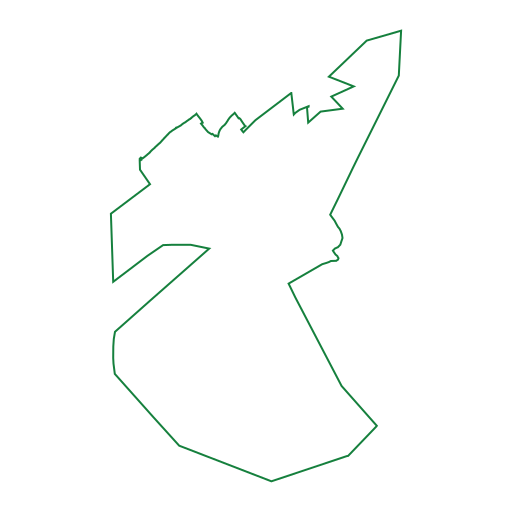 the district of Al Amreia, Al Iskandariyah, Egypt
{"feature_id": "37247803B92926604097979", "entity_name": "Al Amreia", "entity_type": "district", "adm_level": 2, "iso_a3": "EGY", "parent_name": "Egypt", "parent_adm1": "Al Iskandariyah", "projection": "natural_earth1", "projection_center": [29.737, 30.959], "detail": "fine", "context": "isolated", "style": "outline", "palette": "green", "viewbox_px": 512, "rotation_deg": 0, "n_neighbors": 0, "source": "geoboundaries", "source_scale": "gbopen_adm2", "svg_char_len": 5062}
<svg xmlns="http://www.w3.org/2000/svg" viewBox="0 0 512 512"><path d="M357.8,157.9L376.6,120.2L398.8,75.6L401.1,30.7L366.7,40.6L328.9,76.7L353.7,86.4L331.3,96.6L342.7,108.7L320.6,111.6L308.2,122.6L307.0,107.4L307.2,107.2L308.6,106.7L308.6,106.2L302.9,108.5L299.6,109.8L295.3,112.9L293.8,114.5L293.6,113.1L293.0,107.6L291.3,93.0L291.2,93.0L283.7,98.7L255.4,120.2L254.1,121.5L253.5,122.1L252.7,122.9L248.2,127.4L245.7,129.9L243.4,132.3L242.3,131.0L241.2,129.5L244.9,126.6L245.4,126.2L245.2,126.1L244.5,125.2L243.3,123.5L242.2,121.9L242.0,121.6L241.1,120.2L240.8,119.7L240.3,119.0L239.3,118.1L239.2,118.1L238.8,118.4L238.7,118.4L238.3,117.9L237.5,116.7L237.1,116.2L236.9,115.8L236.6,115.5L236.0,114.6L235.2,113.5L234.8,112.9L234.7,112.8L234.3,113.3L232.3,115.1L231.6,115.6L231.2,116.1L230.2,117.1L229.5,117.9L228.6,119.2L228.2,119.7L227.6,120.8L226.5,122.4L226.3,122.8L226.0,123.2L225.8,123.5L225.3,124.0L225.1,124.3L224.8,124.7L224.5,125.0L224.4,125.1L224.1,125.3L222.4,126.7L222.1,127.0L221.1,128.3L220.7,128.8L220.4,129.2L220.3,129.3L220.0,129.9L219.8,130.2L219.1,131.9L218.6,133.5L218.3,135.5L218.0,136.7L217.9,136.7L217.0,136.1L216.5,135.8L215.9,135.4L215.0,136.2L212.5,133.9L211.7,134.3L211.0,133.9L208.1,132.1L205.5,129.2L204.7,128.0L204.1,127.6L203.5,126.8L202.5,125.4L201.0,123.6L201.4,123.3L202.7,122.7L201.9,121.1L201.3,120.2L200.0,118.4L197.7,115.5L196.5,113.8L196.3,114.1L196.2,114.2L195.8,114.4L195.7,114.4L195.6,114.5L195.4,114.7L195.3,114.8L194.8,115.3L194.3,115.6L194.2,115.7L193.9,115.8L193.1,116.4L192.9,116.6L192.7,116.7L192.6,116.8L192.4,117.0L191.9,117.4L191.8,117.5L191.7,117.5L191.4,117.8L191.3,118.0L191.2,118.0L190.9,118.2L190.9,118.3L190.7,118.5L190.4,118.7L190.3,118.8L190.1,119.0L189.7,119.1L189.4,119.3L189.1,119.4L189.0,119.6L188.3,120.1L188.1,120.2L187.9,120.3L187.7,120.5L187.3,120.8L186.9,121.0L186.4,121.4L185.7,122.0L185.2,122.3L184.8,122.6L184.5,122.7L184.4,122.7L183.7,123.2L183.4,123.4L183.3,123.5L183.0,123.6L182.9,123.7L182.7,123.8L182.0,124.4L181.3,125.0L181.1,125.2L180.9,125.4L180.4,125.6L180.2,125.8L179.8,126.0L179.6,126.1L179.3,126.3L179.1,126.4L178.9,126.5L178.7,126.6L178.0,127.0L177.5,127.3L177.2,127.5L176.7,127.7L176.4,127.8L176.3,127.7L176.2,127.6L175.9,127.8L175.9,128.1L175.9,128.3L175.0,128.9L174.9,128.9L174.7,129.0L174.3,129.3L174.2,129.4L174.0,129.5L173.3,129.9L173.2,130.0L172.5,130.4L172.2,130.6L171.6,131.1L171.4,131.3L171.1,131.5L170.8,131.7L170.4,131.9L170.1,132.1L169.9,132.3L169.6,132.6L169.1,133.0L168.8,133.4L168.7,133.5L168.3,133.9L168.1,134.2L167.9,134.3L167.8,134.5L167.6,134.6L167.5,134.8L167.3,134.9L166.7,135.6L166.5,135.8L166.4,135.9L166.2,136.1L166.0,136.3L165.5,136.9L165.2,137.1L165.1,137.3L164.8,137.6L164.7,137.7L164.5,137.9L164.3,138.0L164.2,138.1L164.2,138.3L164.0,138.5L163.9,138.6L163.7,138.8L163.5,139.0L163.3,139.2L163.0,139.6L162.6,140.0L162.3,140.2L162.2,140.4L162.1,140.6L161.9,140.7L161.6,141.1L161.2,141.5L160.9,141.9L160.8,142.0L160.6,142.2L160.4,142.4L160.4,142.5L160.1,142.8L159.9,142.9L159.5,143.3L159.4,143.3L159.3,143.5L158.8,143.9L158.3,144.2L158.2,144.3L158.1,144.5L157.8,144.8L157.7,144.9L157.5,145.0L157.4,145.2L157.3,145.3L157.1,145.4L156.8,145.6L156.7,145.7L156.7,145.8L156.3,146.2L156.0,146.4L155.4,146.9L155.3,147.0L155.1,147.3L154.7,147.6L154.6,147.8L154.5,148.0L154.2,148.2L154.1,148.3L153.8,148.5L152.9,149.3L152.7,149.4L152.2,149.8L152.1,150.0L151.7,150.4L151.5,150.5L151.4,150.6L151.1,150.9L150.9,151.2L150.7,151.4L150.5,151.6L150.4,151.7L150.3,151.8L150.2,152.0L149.9,152.2L149.8,152.3L149.8,152.5L149.7,152.6L149.5,152.8L148.9,153.2L148.8,153.3L148.7,153.5L148.3,153.8L148.2,153.9L147.8,154.1L147.7,154.2L147.6,154.3L147.4,154.5L147.1,154.8L146.8,155.1L146.1,155.6L145.9,155.8L145.6,156.1L145.4,156.2L144.7,156.8L144.4,157.0L144.2,157.2L143.4,157.8L143.2,157.9L143.0,158.1L142.7,158.3L142.2,158.6L141.7,158.7L141.4,158.7L141.2,158.6L140.9,158.7L141.0,158.7L141.0,158.8L140.9,158.9L140.9,159.0L141.3,159.8L140.6,160.2L140.3,159.5L140.2,159.7L140.0,159.3L140.0,159.2L139.9,159.0L139.9,158.9L140.0,158.7L140.3,158.5L140.4,158.4L140.5,158.4L140.7,158.1L140.8,157.9L141.0,157.8L141.1,157.7L140.9,157.6L140.7,157.9L140.0,158.4L139.9,158.5L139.8,158.9L139.7,159.0L139.8,159.3L140.1,160.0L140.2,160.3L139.7,160.4L140.0,169.7L150.0,184.2L110.9,213.7L113.2,281.8L147.5,255.8L163.1,245.1L171.9,244.8L190.7,244.8L209.2,248.6L149.8,300.9L117.7,329.4L115.0,331.8L113.8,338.9L113.3,346.5L113.2,357.9L113.5,363.6L114.2,369.1L114.8,373.9L153.4,417.2L179.2,445.7L271.4,481.3L346.8,456.1L348.1,455.9L376.3,426.5L376.8,425.8L341.6,386.0L295.3,297.4L288.6,283.6L322.2,264.2L326.5,262.9L329.0,262.0L330.9,261.0L336.3,260.8L337.2,260.1L338.0,259.6L338.5,258.2L337.9,257.2L337.3,256.0L335.5,254.5L333.7,251.9L333.3,251.3L332.9,250.6L333.7,249.8L334.3,249.2L334.8,248.6L337.4,247.4L337.8,247.3L340.3,244.7L341.7,240.4L342.0,239.6L342.5,238.0L342.0,234.7L341.1,232.1L340.7,231.0L340.0,229.7L339.5,228.7L337.9,226.8L337.3,225.7L336.4,224.1L334.6,220.7L331.1,216.0L330.2,214.7L338.1,198.6L350.5,172.9L352.6,168.5L357.8,157.9Z" fill="none" stroke="#15803d" stroke-width="2"/></svg>